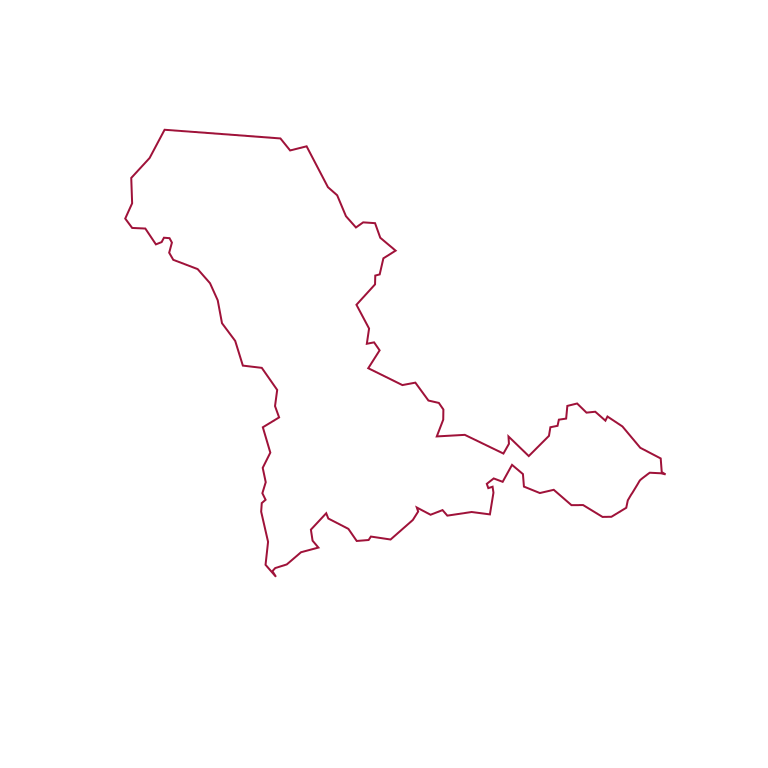 Valandovo, Valandovo, North Macedonia (Mercator projection), rotated 14°
{"feature_id": "65306769B91068225618475", "entity_name": "Valandovo", "entity_type": "district", "adm_level": 2, "iso_a3": "MKD", "parent_name": "North Macedonia", "parent_adm1": "Valandovo", "projection": "mercator", "projection_center": [22.574, 41.338], "detail": "fine", "context": "isolated", "style": "outline", "palette": "rose", "viewbox_px": 768, "rotation_deg": 14, "n_neighbors": 0, "source": "geoboundaries", "source_scale": "gbopen_adm2", "svg_char_len": 1758}
<svg xmlns="http://www.w3.org/2000/svg" viewBox="0 0 768 768"><g transform="rotate(14 384 384)"><path d="M133.9,300.1L135.1,295.3L140.6,294.4L144.0,298.1L143.8,308.6L149.5,314.5L175.4,317.6L190.8,328.3L202.4,343.0L212.1,364.2L229.2,378.2L242.6,400.3L261.5,397.9L281.8,415.6L283.6,431.8L290.3,441.8L276.9,455.3L290.3,478.1L286.6,494.7L293.0,507.9L292.4,519.4L297.1,525.0L294.2,529.1L295.7,537.6L309.7,565.2L312.8,588.1L325.8,597.2L321.0,592.6L323.0,588.9L333.3,582.6L344.2,567.3L359.9,558.6L352.6,553.3L348.3,543.0L359.2,523.4L362.5,528.0L384.5,533.2L395.5,542.9L406.8,539.1L408.2,535.2L428.0,533.3L444.9,508.9L448.0,499.5L445.7,495.9L460.8,499.6L471.3,492.2L477.3,496.4L500.0,487.0L518.3,484.9L516.5,463.0L514.2,457.4L510.4,459.8L507.9,456.0L513.3,449.1L522.8,450.2L527.8,431.5L540.6,437.8L544.6,449.7L561.6,452.1L574.3,445.6L595.2,456.2L606.5,453.3L628.2,460.1L636.8,457.8L649.0,445.5L648.7,437.9L650.5,431.8L651.3,429.6L654.3,420.0L655.3,416.5L655.9,415.1L657.7,412.7L661.7,407.7L663.3,405.8L674.5,403.6L679.1,403.6L674.8,402.3L670.5,389.3L648.1,383.9L625.6,367.5L608.7,361.5L607.7,366.0L595.7,359.8L587.4,362.8L576.1,356.2L567.2,360.9L569.1,373.5L562.3,376.3L562.5,382.6L555.9,385.7L556.6,394.4L541.9,418.9L517.5,404.8L519.7,411.8L516.7,422.6L474.7,413.8L447.9,422.1L450.1,404.3L447.8,394.4L441.8,389.1L431.1,389.3L414.1,375.1L402.1,380.6L364.9,372.5L371.6,352.4L364.3,346.0L357.6,349.1L356.1,333.8L338.1,313.8L351.2,289.5L349.3,280.9L353.3,278.7L353.0,262.2L363.0,251.8L345.0,243.0L336.4,230.1L324.7,232.2L318.9,238.9L306.5,230.4L292.9,212.2L282.0,206.6L251.4,172.1L236.4,180.1L224.1,170.8L109.6,190.4L101.9,221.4L88.9,245.2L95.9,269.6L92.9,286.1L101.9,293.5L114.8,290.9L128.9,303.7L133.9,300.1Z" fill="none" stroke="#9f1239" stroke-width="2"/></g></svg>